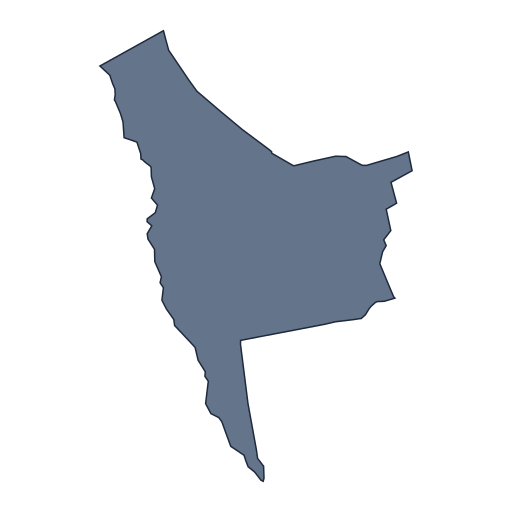 the district of Reifi Aroma, Kassala, Sudan
{"feature_id": "16777658B59678801632413", "entity_name": "Reifi Aroma", "entity_type": "district", "adm_level": 2, "iso_a3": "SDN", "parent_name": "Sudan", "parent_adm1": "Kassala", "projection": "robinson", "projection_center": [35.864, 15.736], "detail": "fine", "context": "isolated", "style": "filled", "palette": "slate", "viewbox_px": 512, "rotation_deg": 0, "n_neighbors": 0, "source": "geoboundaries", "source_scale": "gbopen_adm2", "svg_char_len": 1686}
<svg xmlns="http://www.w3.org/2000/svg" viewBox="0 0 512 512"><path d="M99.9,66.0L109.8,75.2L112.6,83.6L114.9,88.9L115.2,94.7L114.4,100.0L115.4,101.5L119.5,111.2L120.3,113.1L121.1,115.6L122.8,121.2L123.1,123.3L123.8,133.4L124.1,137.7L136.9,142.1L140.7,153.6L141.0,159.1L142.6,159.8L145.0,162.1L150.1,166.0L151.1,167.3L151.4,176.8L154.7,188.7L151.4,198.0L157.5,205.1L155.3,212.7L147.2,218.8L147.1,221.7L151.8,225.8L147.2,233.7L148.0,239.1L154.5,249.3L154.8,261.6L161.4,276.7L160.1,282.8L163.4,287.7L161.9,300.2L166.4,309.0L173.8,319.5L174.6,325.5L189.2,341.0L195.1,347.4L198.1,360.2L205.3,371.8L204.9,376.3L208.3,381.2L205.6,403.6L210.9,413.6L218.8,417.6L220.2,419.5L221.7,421.5L222.3,423.0L225.6,432.2L228.7,440.6L230.2,444.8L230.8,446.4L234.3,448.7L237.7,451.0L238.1,451.2L240.5,452.9L244.1,455.3L245.8,460.7L247.6,465.4L248.2,466.8L253.5,471.1L254.8,472.2L256.5,474.4L257.3,475.4L260.5,479.6L261.1,480.3L263.2,481.3L264.0,478.2L263.6,466.1L262.8,465.2L257.6,458.4L256.4,449.8L248.0,403.7L240.5,344.3L240.6,340.4L258.0,337.0L324.6,324.3L335.3,321.8L353.6,319.6L360.1,318.6L361.1,318.6L365.4,314.8L369.1,308.7L371.1,306.3L375.3,302.5L377.2,301.6L384.2,301.3L392.4,298.9L394.9,298.1L393.7,296.9L388.7,285.1L379.8,263.7L382.6,251.8L386.2,245.6L383.7,239.8L390.8,230.6L386.2,209.2L396.6,203.2L391.0,182.3L412.1,170.7L408.3,151.9L397.0,156.4L366.5,165.4L362.2,165.3L358.8,163.5L345.9,156.5L344.8,156.5L335.6,156.2L330.6,157.3L312.8,161.2L294.7,165.6L293.2,165.6L271.7,153.2L271.6,151.7L269.8,150.1L242.1,129.4L219.2,110.3L198.4,92.5L196.9,91.2L189.0,80.3L168.7,50.3L165.4,38.2L163.6,31.2L163.5,30.9L163.4,30.7L99.9,66.0L99.9,66.0Z" fill="#64748b" stroke="#1e293b" stroke-width="1.5"/></svg>